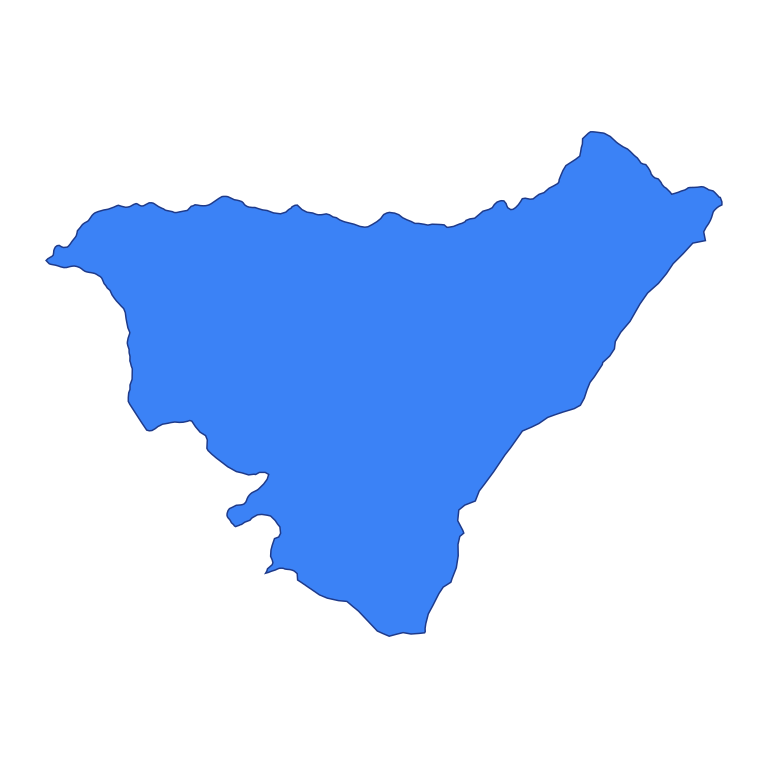 outline of Bjena, Wangdi Phodrang, Bhutan
{"feature_id": "84629894B58732287515502", "entity_name": "Bjena", "entity_type": "district", "adm_level": 2, "iso_a3": "BTN", "parent_name": "Bhutan", "parent_adm1": "Wangdi Phodrang", "projection": "robinson", "projection_center": [90.021, 27.463], "detail": "fine", "context": "isolated", "style": "filled", "palette": "blue", "viewbox_px": 768, "rotation_deg": 0, "n_neighbors": 0, "source": "geoboundaries", "source_scale": "gbopen_adm2", "svg_char_len": 6077}
<svg xmlns="http://www.w3.org/2000/svg" viewBox="0 0 768 768"><path d="M463.8,533.1L462.8,530.4L457.7,520.7L458.8,510.0L464.8,505.1L475.3,501.0L479.2,491.0L484.5,484.1L493.6,471.8L504.9,455.0L510.6,447.7L522.4,431.0L531.5,427.1L538.9,423.5L547.7,417.4L555.1,414.7L562.5,412.2L574.3,408.6L580.4,405.2L584.3,398.1L587.1,389.5L590.0,382.4L594.3,376.8L602.3,364.6L602.7,362.5L606.1,359.4L609.8,355.9L614.4,348.9L615.3,341.5L620.7,332.3L630.0,321.4L640.0,303.9L647.6,293.0L658.5,283.3L666.4,273.7L673.1,263.7L683.2,253.6L692.8,243.1L705.4,240.6L703.7,231.8L706.0,227.4L708.6,223.6L710.4,220.3L711.6,217.3L713.2,212.0L714.3,210.4L716.6,208.1L718.9,206.4L721.9,204.9L721.9,201.9L720.3,197.5L719.0,197.1L718.2,196.1L715.6,193.3L714.3,192.0L713.0,190.9L708.6,189.8L707.2,188.8L703.7,187.0L701.4,186.7L697.6,187.2L694.3,187.4L690.0,187.5L688.2,187.8L686.9,188.8L684.8,190.0L681.4,191.0L678.2,192.3L674.4,193.5L671.7,194.2L670.1,192.1L666.3,188.3L664.1,186.9L662.1,184.6L661.0,182.4L659.5,180.4L658.2,178.9L654.8,177.9L652.7,176.1L651.1,173.9L650.6,172.1L649.7,170.2L648.1,167.6L645.8,164.6L643.0,164.0L640.8,162.9L639.8,161.3L638.7,159.8L637.3,157.9L635.5,156.5L633.8,155.0L630.0,151.2L627.5,149.0L622.8,146.7L617.8,143.3L616.3,142.1L610.4,136.6L604.5,133.4L603.0,133.0L601.1,132.8L599.0,132.5L595.1,132.0L592.7,131.8L590.5,131.8L588.4,133.2L582.6,138.7L582.4,144.1L581.3,147.7L580.7,151.5L579.8,156.1L575.5,159.4L569.6,163.2L565.9,165.6L563.0,170.4L560.9,175.3L559.2,179.6L558.9,181.9L557.8,183.5L553.8,185.8L549.1,188.2L545.5,191.3L544.1,192.6L539.1,194.3L536.1,196.5L533.1,198.9L530.1,199.2L525.2,198.2L522.3,198.7L520.7,201.4L518.4,204.7L515.7,207.5L513.1,209.3L510.7,209.6L507.7,207.7L506.7,205.5L506.1,203.6L503.9,200.9L501.4,200.7L499.9,201.0L497.0,202.1L494.4,204.5L492.3,207.7L488.8,209.5L482.9,211.2L479.1,214.5L474.7,218.2L469.9,218.9L466.0,220.4L465.0,221.8L462.0,223.3L459.8,223.9L457.5,224.8L453.6,226.4L448.5,227.3L446.9,227.3L444.2,224.9L441.6,224.6L437.6,224.4L432.2,224.2L427.9,225.1L424.3,224.3L419.9,223.6L418.5,223.4L414.9,223.4L411.2,221.5L406.9,219.8L402.6,217.7L398.8,214.7L394.6,213.1L392.1,212.8L389.5,212.4L386.8,213.0L383.8,214.5L382.8,215.7L380.7,218.6L376.9,221.7L372.1,224.6L367.9,226.8L364.8,227.2L359.9,226.4L354.0,224.2L344.8,221.9L342.8,221.2L339.7,219.9L336.4,217.7L333.1,217.0L329.5,214.8L326.3,213.9L321.6,214.7L318.3,214.8L316.4,214.4L312.7,213.0L307.0,212.2L302.0,209.6L297.3,205.1L295.0,205.3L292.0,206.8L291.3,208.0L288.6,209.6L285.9,212.1L280.5,213.8L273.5,212.9L267.1,210.5L262.6,209.9L258.2,208.6L255.0,207.5L252.4,207.5L249.0,207.1L247.0,206.4L245.1,205.2L244.1,204.1L243.2,202.8L241.8,201.6L239.2,200.7L237.1,200.2L234.2,199.7L231.8,198.5L227.9,196.7L226.0,196.4L223.8,196.4L222.0,196.6L218.9,198.4L211.2,203.7L209.1,204.8L207.5,205.3L205.7,205.7L203.2,205.8L200.2,205.6L197.6,205.1L195.0,204.8L193.1,205.8L191.2,206.3L187.4,210.4L183.1,211.2L179.5,211.9L176.8,212.5L175.0,212.6L173.7,212.3L172.6,211.7L168.2,210.8L165.4,210.2L163.5,208.9L162.2,208.4L158.5,206.6L154.5,203.9L153.3,203.2L151.6,202.8L149.2,202.8L145.5,204.7L144.3,205.4L143.1,205.9L141.3,206.0L139.5,205.3L137.5,204.0L136.1,203.6L133.8,204.4L130.8,206.1L129.5,206.7L127.6,207.1L125.7,207.3L121.5,206.3L118.4,205.3L117.0,205.7L113.7,207.2L108.2,209.2L106.6,209.5L103.7,210.0L99.5,211.2L98.1,211.6L95.1,212.8L93.7,213.8L92.1,215.4L88.6,220.4L87.6,221.3L84.5,223.0L82.5,224.5L81.4,225.9L80.4,227.3L77.4,230.8L77.1,232.7L76.3,235.7L75.3,237.3L73.9,239.0L72.0,241.4L70.1,244.2L68.5,246.1L67.3,247.1L63.5,247.5L61.5,246.8L59.2,245.4L57.1,245.7L55.4,247.0L54.5,248.6L53.8,250.6L53.6,252.9L53.2,255.1L52.3,256.1L48.0,258.6L46.1,260.5L47.9,262.4L49.3,263.8L50.8,264.3L55.6,265.2L58.4,266.0L60.6,266.8L63.9,267.6L66.6,267.5L69.9,266.6L72.1,266.2L74.2,266.0L76.9,266.5L79.6,267.5L81.6,268.8L83.0,270.0L85.0,271.3L86.8,271.9L89.3,272.4L90.8,272.6L92.4,272.9L94.9,273.5L97.0,274.6L98.3,275.5L100.2,276.5L101.5,277.8L102.2,279.0L104.1,283.6L105.8,285.6L107.3,288.0L110.0,290.4L112.1,295.0L114.4,298.3L116.5,301.0L119.5,304.2L121.2,306.1L123.7,308.6L125.3,312.6L126.1,318.7L126.7,321.9L127.9,327.8L129.8,332.4L129.6,333.8L128.1,338.2L127.4,341.9L127.3,343.2L127.8,345.6L129.1,349.5L129.1,352.1L129.3,353.6L129.7,355.0L130.0,356.5L129.9,361.0L130.4,362.4L131.3,366.1L132.3,368.7L132.1,379.3L130.0,385.0L130.0,389.4L128.7,392.9L128.3,397.5L128.3,401.4L129.8,404.3L141.7,422.7L146.7,430.1L149.3,430.8L152.0,430.5L155.3,428.6L158.1,426.4L159.7,425.7L162.5,424.2L167.7,423.3L170.8,422.6L174.8,422.0L179.4,422.4L183.2,422.2L187.4,421.3L189.7,420.5L191.8,421.1L195.4,426.6L200.2,432.3L205.6,435.6L207.3,439.9L206.9,448.4L208.1,450.6L211.7,454.1L216.3,458.0L227.8,466.8L236.4,471.6L242.1,472.9L248.6,474.9L254.0,474.2L255.6,474.5L259.4,472.4L265.2,472.4L268.7,474.4L267.2,479.2L263.7,484.0L258.3,489.3L256.8,490.3L252.0,492.7L250.5,493.9L249.1,495.4L247.9,497.1L247.1,498.8L246.7,500.0L245.8,502.1L244.1,503.9L242.7,504.5L241.0,504.9L236.2,505.3L233.5,506.7L231.7,507.6L229.5,508.6L228.1,510.5L227.5,512.2L227.1,513.6L227.0,515.3L227.4,516.7L228.2,518.0L229.4,519.3L230.4,520.7L231.4,522.7L233.6,524.7L234.4,525.9L235.6,526.6L237.7,525.8L239.0,525.4L240.1,524.8L241.6,524.4L244.7,522.2L250.0,520.2L251.5,518.4L252.5,517.6L257.5,514.8L261.8,514.4L267.2,515.2L270.6,516.0L275.2,520.5L277.6,524.1L279.9,526.9L280.6,533.3L278.7,537.0L274.5,538.6L272.2,545.4L271.0,550.0L270.8,553.0L270.6,556.3L272.2,559.9L272.9,562.7L272.2,564.7L267.5,568.8L266.8,571.2L265.6,573.2L268.5,572.4L271.2,571.3L275.3,570.0L276.6,569.4L277.9,568.8L279.3,568.3L280.7,568.2L282.1,568.2L283.6,568.4L284.9,569.0L286.3,569.2L287.8,569.4L289.2,569.5L290.6,569.7L292.0,570.1L293.4,570.6L294.6,571.3L297.2,573.6L297.6,580.0L300.7,582.0L319.5,594.9L327.2,598.1L338.4,600.6L346.9,601.4L353.0,606.6L358.4,611.0L377.3,631.0L382.8,633.5L389.2,636.2L396.6,634.2L403.1,632.6L411.0,634.0L419.3,633.4L424.6,632.8L425.2,631.7L425.1,628.3L425.8,623.6L428.3,613.9L432.8,605.6L438.9,593.6L443.2,587.1L450.9,582.2L452.0,578.7L456.3,567.8L458.2,555.7L458.0,544.4L459.8,536.4L463.8,533.1Z" fill="#3b82f6" stroke="#1e3a8a" stroke-width="1.5"/></svg>